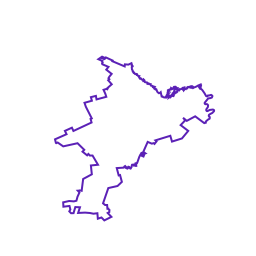 Casas, Tamaulipas, Mexico, rotated 67°
{"feature_id": "50627088B27179014352278", "entity_name": "Casas", "entity_type": "district", "adm_level": 2, "iso_a3": "MEX", "parent_name": "Mexico", "parent_adm1": "Tamaulipas", "projection": "mercator", "projection_center": [-98.689, 23.544], "detail": "fine", "context": "isolated", "style": "outline", "palette": "violet", "viewbox_px": 256, "rotation_deg": 67, "n_neighbors": 0, "source": "geoboundaries", "source_scale": "gbopen_adm2", "svg_char_len": 5703}
<svg xmlns="http://www.w3.org/2000/svg" viewBox="0 0 256 256"><g transform="rotate(67 128 128)"><path d="M71.5,99.7L69.7,99.5L69.8,102.9L68.2,106.0L70.0,107.0L60.4,116.3L59.9,115.8L54.4,120.8L55.3,122.4L55.3,123.0L54.0,124.3L53.7,122.6L52.2,124.0L53.1,128.4L56.3,125.4L56.6,125.9L57.9,125.8L58.3,126.6L59.3,126.7L64.1,122.1L65.8,125.2L71.8,121.9L73.4,125.0L74.5,126.5L75.8,126.1L76.3,127.6L81.4,125.9L83.2,131.3L83.8,131.3L84.0,131.7L83.7,131.7L83.3,135.6L87.7,135.5L90.8,135.8L89.4,145.8L85.9,145.0L85.1,150.1L88.8,150.6L87.8,158.2L92.0,158.5L105.0,157.6L105.0,158.9L108.7,159.4L109.4,179.4L105.8,179.5L106.0,187.2L109.7,187.0L109.9,199.6L113.5,200.2L113.9,200.0L113.9,198.4L119.6,194.8L122.3,180.4L131.0,176.8L132.0,179.1L137.2,176.3L136.4,174.6L138.4,173.9L139.5,171.4L150.1,170.0L148.0,176.8L156.5,179.4L157.4,189.2L167.7,195.2L166.6,196.7L166.4,197.8L166.1,198.7L168.4,197.9L171.6,201.4L174.8,203.9L174.4,206.5L172.2,210.7L171.1,216.7L175.2,218.2L176.9,212.3L180.5,212.9L181.8,214.6L184.2,213.7L185.1,211.4L180.2,207.4L182.2,203.2L186.7,207.1L189.1,200.6L191.4,196.2L193.4,193.3L194.5,189.5L199.7,191.2L200.0,187.4L203.8,185.9L203.3,178.0L198.3,179.9L198.1,178.1L196.2,177.1L195.1,177.7L194.6,177.6L194.3,178.5L190.7,177.3L189.9,179.2L187.6,180.4L175.6,169.6L177.3,160.3L175.2,154.7L168.2,153.7L168.0,155.1L160.5,154.0L162.8,147.5L162.8,147.0L162.1,146.5L161.9,145.5L162.2,145.4L162.4,145.9L162.6,145.9L163.6,144.7L163.8,144.8L163.7,145.3L164.1,145.4L164.6,144.6L165.1,144.5L165.1,144.1L164.8,143.4L164.0,143.1L163.8,142.8L164.3,142.2L165.0,142.2L165.4,141.5L165.9,141.9L166.3,141.7L166.4,141.4L166.3,141.2L165.5,140.5L165.2,139.8L164.5,139.5L163.5,138.7L163.7,138.3L163.6,137.6L164.3,136.5L164.5,136.5L164.5,137.1L164.9,137.2L165.1,136.7L166.0,135.6L166.1,135.2L165.7,135.1L165.2,135.5L164.5,135.1L163.5,135.0L163.5,134.8L164.2,134.6L164.3,134.3L163.7,133.8L163.6,133.5L163.7,133.2L159.0,128.9L157.7,127.4L160.3,124.9L159.1,123.7L156.6,125.9L156.2,125.4L156.3,124.4L156.6,123.8L157.2,123.7L157.5,123.3L157.8,123.9L158.1,121.9L155.9,123.2L148.5,115.3L151.7,112.2L152.0,110.2L153.0,109.8L151.5,107.0L150.1,107.6L151.7,92.1L157.7,92.8L158.7,82.4L154.2,73.7L145.9,78.4L143.5,72.8L142.1,72.7L140.1,73.3L144.4,71.1L143.5,61.6L153.3,55.9L153.5,54.3L152.6,54.0L152.3,53.5L151.5,51.0L151.3,49.3L150.7,48.8L149.8,48.5L149.1,48.9L148.3,48.9L147.5,48.2L147.2,46.5L147.1,44.6L146.2,42.4L145.8,42.0L145.0,41.9L144.2,42.6L143.3,45.7L143.5,48.2L143.2,48.8L142.7,49.0L142.1,49.0L141.4,48.6L140.0,46.4L139.0,45.7L138.3,45.4L137.2,45.7L136.8,46.2L136.4,47.3L136.0,47.7L135.3,47.8L134.7,47.5L132.3,43.0L132.2,42.2L132.7,40.4L132.7,38.9L131.9,38.0L131.5,37.8L130.8,38.0L130.0,38.6L129.7,40.8L129.3,41.6L129.9,42.6L129.8,42.9L129.1,43.6L125.8,44.0L122.0,44.8L120.9,45.3L120.7,45.6L119.5,45.5L119.2,45.8L119.2,45.6L119.0,46.0L119.2,46.4L118.7,46.4L118.7,45.9L118.4,46.0L118.8,45.5L118.7,45.1L117.7,44.5L117.4,44.5L117.4,44.3L117.1,44.3L116.9,44.0L116.5,44.1L116.5,44.4L116.3,44.3L116.3,45.1L116.7,45.2L116.3,45.4L116.3,45.7L116.7,45.9L116.3,46.0L116.3,46.7L116.7,46.8L117.0,47.2L116.6,47.0L116.4,47.2L116.6,49.6L116.5,51.5L116.6,52.2L115.9,52.1L116.0,52.8L116.2,53.1L116.1,53.4L115.7,53.4L115.4,53.7L115.2,53.6L115.2,53.8L114.6,53.2L114.5,53.6L114.2,53.6L114.1,54.2L114.4,54.9L114.1,55.0L114.0,55.8L114.2,56.1L114.0,56.5L113.8,56.5L113.6,56.8L113.7,57.3L114.0,57.2L114.2,57.6L114.7,58.0L114.5,58.8L115.0,59.1L115.4,59.0L114.9,59.4L114.0,59.4L114.6,59.7L114.2,60.3L114.2,61.2L114.9,61.5L115.1,61.9L114.4,61.8L114.2,62.3L113.7,62.1L113.3,61.5L113.4,61.1L113.0,60.8L113.0,60.2L112.7,60.1L112.6,61.1L112.8,61.3L112.4,62.0L113.0,63.4L112.8,63.8L112.9,64.8L112.4,65.4L113.0,66.0L112.7,66.1L112.8,66.6L112.3,66.2L111.6,67.1L112.8,68.1L113.7,68.3L113.7,68.7L114.1,68.9L114.3,69.4L114.3,69.7L113.9,70.0L114.0,70.1L114.5,71.2L114.0,72.0L115.9,73.1L116.4,73.7L115.9,74.5L115.3,74.5L115.6,75.7L116.4,77.1L115.8,78.0L115.9,78.4L115.3,77.9L116.0,77.4L116.2,76.8L115.6,76.3L115.0,76.3L115.0,75.1L114.4,74.7L114.2,73.8L113.6,73.3L113.5,72.8L113.2,72.6L112.9,71.7L111.0,70.3L111.0,69.6L110.7,69.1L110.9,68.9L110.4,67.5L110.2,68.0L110.1,67.9L109.9,68.1L109.7,68.0L109.8,67.6L109.4,67.7L109.1,68.0L109.1,68.3L109.3,68.4L109.2,68.5L108.9,68.3L108.7,68.4L109.1,69.1L108.6,69.1L108.5,69.3L108.3,69.0L108.1,69.4L108.1,69.7L108.4,70.1L109.1,69.9L109.2,70.2L109.4,70.1L109.4,70.6L109.2,70.4L108.8,70.5L109.4,71.9L109.4,72.8L109.1,72.9L108.3,72.5L108.0,72.7L108.5,73.0L109.1,74.9L109.5,74.9L109.8,75.1L109.6,75.3L108.8,75.3L108.8,76.5L109.2,76.7L109.4,76.2L110.2,76.3L110.4,76.5L109.9,76.5L109.9,76.8L110.6,77.4L110.9,77.7L111.1,77.4L111.5,77.3L111.5,77.6L111.8,77.9L112.0,77.9L112.1,77.5L112.2,77.8L112.3,77.6L112.6,77.6L112.2,77.9L112.5,78.3L113.6,79.0L113.2,79.5L113.3,79.7L113.5,79.3L114.2,79.1L114.2,79.5L114.5,79.4L115.0,80.8L114.0,82.8L112.5,84.3L112.3,84.2L112.1,84.7L107.8,83.9L108.1,84.7L108.1,85.9L106.7,86.7L105.9,86.9L103.5,86.8L103.3,87.7L102.7,88.0L102.3,87.7L101.9,88.3L101.3,87.9L101.3,88.0L101.3,88.4L100.5,88.3L100.3,87.6L99.6,88.5L100.1,88.8L99.8,88.9L99.8,89.1L99.3,89.0L99.3,88.7L99.0,88.9L98.4,89.5L98.1,90.2L97.2,90.4L96.5,90.0L95.9,91.1L95.0,91.5L94.9,91.9L95.3,92.4L94.9,92.9L94.0,92.5L93.6,92.6L92.4,94.5L91.4,94.7L91.0,94.3L90.6,94.3L90.6,94.9L90.9,95.3L90.8,95.6L90.1,95.4L89.7,94.7L89.1,94.8L89.2,95.5L89.0,96.2L88.1,96.8L87.6,96.7L87.2,97.7L86.5,97.5L86.3,97.9L85.2,98.0L84.6,97.4L84.2,98.2L83.9,98.4L83.1,98.6L82.9,98.9L82.5,98.6L82.0,98.6L81.5,99.2L81.6,99.6L81.2,100.3L80.8,100.5L79.9,100.6L79.7,101.2L79.3,101.3L78.4,101.0L78.1,101.2L78.2,101.5L77.9,101.6L76.7,101.2L75.8,101.5L73.5,100.8L73.2,100.5L73.1,99.6L72.9,99.5L72.1,100.2L71.9,100.2L71.5,99.7Z" fill="none" stroke="#5b21b6" stroke-width="2"/></g></svg>